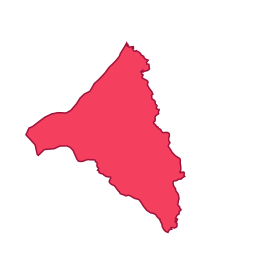 outline of Kulu Shaw Boe, Sinoe, Liberia, rotated 297°
{"feature_id": "62588387B37465422358714", "entity_name": "Kulu Shaw Boe", "entity_type": "district", "adm_level": 2, "iso_a3": "LBR", "parent_name": "Liberia", "parent_adm1": "Sinoe", "projection": "mercator", "projection_center": [-9.008, 5.564], "detail": "fine", "context": "isolated", "style": "filled", "palette": "rose", "viewbox_px": 256, "rotation_deg": 297, "n_neighbors": 0, "source": "geoboundaries", "source_scale": "gbopen_adm2", "svg_char_len": 3976}
<svg xmlns="http://www.w3.org/2000/svg" viewBox="0 0 256 256"><g transform="rotate(297 128 128)"><path d="M82.9,116.0L82.7,116.4L81.7,116.9L80.5,117.3L79.5,118.1L79.0,119.6L78.6,120.3L77.9,120.3L77.1,120.1L76.4,120.1L76.5,121.3L76.4,121.8L75.2,122.4L75.1,124.1L75.3,125.3L75.7,126.8L75.2,127.6L75.0,128.9L74.9,130.2L74.9,130.4L75.3,132.3L76.1,133.9L76.3,134.8L75.7,135.3L74.0,135.3L72.1,135.4L71.3,136.0L70.7,137.1L70.2,139.3L70.4,140.9L70.3,142.3L69.7,143.7L68.4,146.2L67.4,148.3L67.3,149.4L66.6,149.9L66.1,150.9L66.1,152.7L66.4,153.9L66.6,155.3L66.5,156.1L66.5,156.7L67.0,157.5L68.0,158.5L68.4,159.3L68.6,161.1L68.4,163.7L68.4,164.4L68.3,165.8L68.5,166.8L68.8,168.2L69.0,168.9L69.1,170.5L68.7,171.3L67.4,173.9L65.6,176.7L64.5,179.1L63.4,181.5L63.2,181.9L62.9,184.6L62.7,186.5L63.3,188.8L63.5,190.4L63.4,191.9L63.4,192.1L62.7,193.2L62.0,194.7L61.1,197.4L60.9,197.6L60.6,198.0L60.9,198.1L60.0,198.8L57.8,201.7L55.4,203.6L53.7,206.1L52.9,208.5L53.1,211.0L55.4,211.0L56.7,211.6L57.6,212.9L58.6,211.6L59.5,212.7L59.9,214.8L61.7,216.1L62.7,216.2L65.2,215.0L65.5,213.6L65.7,213.0L66.2,213.8L66.7,213.8L66.8,212.7L68.2,213.6L69.2,213.6L69.4,212.7L68.5,211.7L70.1,211.3L72.6,211.3L74.1,212.2L74.3,212.5L74.7,212.3L75.3,212.2L76.8,211.6L78.2,212.1L79.2,212.4L79.6,211.9L79.7,211.0L80.4,210.3L81.3,209.7L81.7,208.2L82.5,206.9L84.5,206.5L86.3,205.8L88.1,205.6L89.3,204.7L90.7,203.8L91.5,202.9L92.2,202.2L92.8,200.9L94.0,198.8L95.4,198.0L95.9,197.2L96.4,196.0L97.6,194.5L98.1,194.1L98.9,193.4L100.4,192.7L100.6,192.7L101.3,192.8L102.0,193.4L103.2,195.1L104.2,195.9L105.2,196.0L105.7,196.9L106.5,198.4L107.1,198.7L108.1,199.0L109.8,199.9L110.4,200.3L110.6,200.5L110.9,199.9L111.1,199.5L111.8,199.1L112.7,198.9L113.4,198.6L114.0,198.0L114.0,197.3L112.3,195.6L112.1,195.3L111.9,194.8L112.2,194.2L112.6,194.3L113.3,194.6L114.8,193.9L116.0,193.4L118.2,192.1L120.2,190.6L121.4,190.0L122.9,189.3L123.8,188.6L124.3,187.9L124.4,186.9L124.6,184.9L124.6,183.8L124.9,182.4L125.7,180.2L126.2,178.7L126.4,178.4L126.7,177.8L127.3,176.8L128.1,175.6L129.3,173.4L129.7,172.8L130.3,171.9L131.4,171.9L132.9,171.9L133.9,172.1L134.0,171.8L134.4,171.4L134.8,170.7L135.6,169.7L137.0,169.1L138.1,168.7L138.4,168.6L139.5,168.6L141.2,167.6L141.8,167.2L142.0,165.4L140.9,163.0L139.7,161.3L140.2,159.4L141.6,157.7L141.5,156.9L141.2,156.0L142.4,154.3L142.1,152.9L143.0,151.7L144.1,148.5L144.5,148.4L145.4,148.0L146.4,148.9L148.3,148.3L149.5,147.2L152.0,147.2L153.5,148.3L154.7,148.8L155.6,147.9L157.0,147.6L158.4,147.6L158.6,147.2L158.1,145.7L158.4,144.2L159.3,143.9L160.9,143.9L161.5,142.7L162.0,141.3L164.1,140.0L164.8,138.0L164.8,136.1L166.1,135.3L167.9,134.2L169.5,134.8L171.1,132.8L172.9,129.1L175.2,125.6L177.5,125.2L178.6,124.5L179.0,122.2L179.0,119.3L179.2,117.8L180.9,117.3L182.1,117.4L182.3,116.0L183.2,115.0L184.1,113.9L184.8,114.3L185.0,115.1L185.9,115.1L184.7,116.0L186.5,117.4L188.1,119.3L189.1,119.9L190.5,120.3L191.4,119.5L192.8,118.7L194.2,117.6L193.5,115.8L194.8,114.7L196.7,115.0L197.6,115.2L197.3,112.0L198.1,110.0L199.0,109.5L199.0,108.3L198.9,106.9L200.1,105.2L200.5,103.7L200.6,103.0L200.6,100.7L200.7,100.2L199.6,99.6L199.3,98.3L200.3,96.5L201.0,95.7L201.6,96.7L202.9,95.8L201.7,93.9L200.6,92.2L201.0,89.4L202.0,90.5L203.0,88.3L203.1,88.2L199.3,88.1L193.5,87.6L190.8,87.4L187.9,87.8L182.7,86.7L178.2,85.3L173.5,83.6L166.5,82.5L165.1,82.1L163.2,81.6L157.5,79.8L152.3,77.8L147.3,77.6L143.6,77.4L138.4,73.7L133.2,71.8L126.1,71.1L117.8,69.1L113.3,66.1L109.9,58.7L106.0,53.7L100.0,49.1L92.3,45.3L86.1,42.4L84.6,41.2L83.0,39.8L75.6,40.2L74.6,42.9L72.7,48.0L72.4,48.7L71.5,51.1L70.9,52.8L63.3,59.1L62.9,60.5L70.9,63.3L75.9,71.4L76.1,71.7L80.9,75.4L84.3,81.6L84.4,83.8L84.5,85.3L83.1,89.2L78.2,95.2L77.2,96.5L76.2,98.2L76.1,98.5L76.2,99.9L76.6,100.9L77.4,102.1L77.9,103.0L79.6,104.4L80.8,105.6L81.7,106.7L82.2,107.9L82.7,109.2L82.8,109.4L83.7,111.0L84.2,112.3L84.3,112.6L84.3,113.4L83.3,114.3L83.2,115.0L83.1,115.4L83.1,115.7L82.9,116.0Z" fill="#f43f5e" stroke="#9f1239" stroke-width="1.5"/></g></svg>